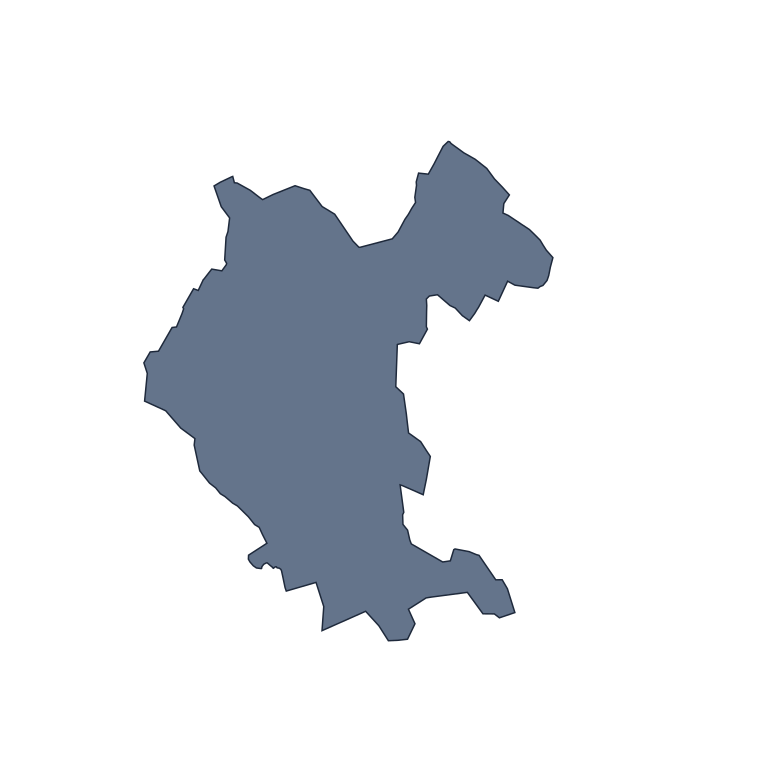 outline of Jama'Are, Bauchi, Nigeria, rotated 322°
{"feature_id": "59680162B54185205976265", "entity_name": "Jama'Are", "entity_type": "district", "adm_level": 2, "iso_a3": "NGA", "parent_name": "Nigeria", "parent_adm1": "Bauchi", "projection": "equal_earth", "projection_center": [9.925, 11.651], "detail": "fine", "context": "isolated", "style": "filled", "palette": "slate", "viewbox_px": 768, "rotation_deg": 322, "n_neighbors": 0, "source": "geoboundaries", "source_scale": "gbopen_adm2", "svg_char_len": 2727}
<svg xmlns="http://www.w3.org/2000/svg" viewBox="0 0 768 768"><g transform="rotate(322 384 384)"><path d="M599.2,312.2L598.5,301.9L597.3,290.5L597.7,277.4L594.2,263.0L589.2,250.9L584.9,235.8L584.9,233.6L583.9,232.4L576.9,233.1L566.0,238.1L558.9,241.4L548.1,245.9L541.1,239.1L533.8,244.6L531.9,247.5L523.5,255.6L523.2,255.9L520.6,260.4L513.9,262.7L509.9,264.4L507.4,265.4L501.9,267.1L488.7,272.9L479.9,274.7L449.2,261.5L448.4,260.7L447.5,252.1L447.7,249.5L449.5,222.9L449.7,219.8L444.5,206.1L444.8,185.7L441.3,180.9L436.0,173.0L413.3,166.4L401.9,164.0L401.4,162.5L400.6,159.7L397.9,149.1L392.0,135.2L390.0,133.3L392.6,127.3L391.3,126.9L379.2,124.2L372.0,123.3L364.9,144.1L364.6,158.1L354.9,167.8L349.9,171.1L334.8,188.2L334.3,192.0L333.2,192.9L325.9,195.0L319.0,187.4L314.5,188.5L306.6,190.5L305.9,190.5L295.2,195.9L292.6,191.7L272.7,199.8L272.4,201.4L268.3,204.1L255.6,211.3L251.8,209.0L226.5,219.3L219.5,214.8L207.8,219.5L204.0,229.9L184.8,250.1L195.5,270.7L195.5,270.8L196.7,293.7L201.4,310.6L196.8,315.3L185.3,339.1L185.4,342.0L185.5,354.6L186.0,356.7L187.4,362.2L187.5,369.7L189.4,374.8L191.4,384.8L193.4,389.8L195.4,405.0L195.5,415.1L197.4,420.1L195.6,427.7L193.7,437.4L171.9,435.5L169.3,438.5L168.8,441.7L169.1,446.8L170.2,450.4L173.6,453.9L174.3,453.8L175.2,452.8L176.4,452.5L178.3,452.0L179.1,452.2L180.0,452.3L181.2,452.6L181.8,453.0L182.0,453.8L182.6,456.8L182.9,458.2L183.1,458.8L183.2,459.9L183.2,460.6L183.5,461.2L183.9,461.2L184.3,461.0L184.6,461.0L185.1,461.1L185.4,461.2L185.9,461.2L186.5,461.6L186.7,461.9L186.6,462.5L186.6,463.1L188.1,464.7L188.6,466.6L188.2,468.2L184.9,475.0L184.5,475.8L180.7,483.5L179.5,487.0L208.3,498.5L199.5,522.3L183.3,540.2L229.6,551.8L231.1,571.3L229.4,589.0L237.1,594.5L245.4,599.6L260.8,592.0L264.6,576.5L285.5,578.5L290.2,581.1L321.4,599.5L320.5,626.0L329.4,633.1L331.0,639.3L346.4,644.7L355.2,621.3L356.6,611.0L351.5,607.1L353.4,577.5L351.8,575.4L347.9,568.5L338.4,557.7L337.0,557.5L327.4,564.2L320.7,560.4L307.2,527.2L307.1,526.7L308.3,522.8L312.6,513.7L312.5,506.3L318.2,498.5L320.6,497.3L334.6,473.4L336.0,475.5L346.7,495.4L358.7,485.2L375.9,469.6L376.4,462.7L377.4,452.0L373.2,437.7L379.2,427.8L383.2,421.3L393.2,403.9L391.6,393.4L418.8,361.1L419.0,361.1L429.9,366.2L436.7,374.1L452.0,367.5L452.6,365.0L462.1,353.2L466.0,348.5L469.7,343.1L473.9,342.6L481.1,346.6L484.3,362.8L486.9,368.0L487.8,378.4L490.3,386.7L499.1,384.2L503.2,382.6L505.6,381.8L518.4,376.2L525.0,389.2L544.7,379.1L548.0,386.7L560.7,399.8L564.3,403.3L567.0,403.3L569.9,404.2L576.2,402.8L580.5,400.0L587.1,394.3L594.9,388.4L594.3,378.5L594.9,372.2L595.6,366.7L594.6,358.4L593.7,351.9L590.4,342.0L585.7,327.7L583.0,322.5L589.5,315.6L599.2,312.2Z" fill="#64748b" stroke="#1e293b" stroke-width="1.5"/></g></svg>